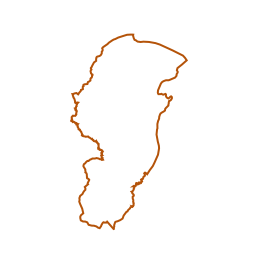 Nonghed, Xiangkhoang, Laos (Robinson projection), rotated 155°
{"feature_id": "54806243B9713261683611", "entity_name": "Nonghed", "entity_type": "district", "adm_level": 2, "iso_a3": "LAO", "parent_name": "Laos", "parent_adm1": "Xiangkhoang", "projection": "robinson", "projection_center": [104.045, 19.614], "detail": "fine", "context": "isolated", "style": "outline", "palette": "amber", "viewbox_px": 256, "rotation_deg": 155, "n_neighbors": 0, "source": "geoboundaries", "source_scale": "gbopen_adm2", "svg_char_len": 5849}
<svg xmlns="http://www.w3.org/2000/svg" viewBox="0 0 256 256"><g transform="rotate(155 128 128)"><path d="M130.2,78.0L126.1,80.6L121.6,83.0L118.4,85.6L112.1,91.1L108.4,96.5L107.5,98.9L106.7,103.2L104.9,110.0L102.3,114.4L101.5,115.2L99.7,119.2L97.8,121.6L96.5,122.7L95.6,123.7L95.1,124.8L93.6,126.4L92.4,127.4L90.1,127.8L89.0,127.8L87.1,128.2L86.2,129.6L85.2,130.1L81.9,131.3L81.4,132.3L80.8,132.9L80.3,133.9L79.3,135.1L78.3,135.0L77.1,135.3L75.7,136.3L75.3,137.1L75.2,137.7L75.6,138.5L76.6,138.4L77.5,138.0L78.9,137.7L79.7,138.7L80.1,139.8L80.1,140.9L79.4,142.4L79.7,143.1L82.0,143.3L82.7,144.0L83.2,144.8L84.3,145.0L86.1,145.8L86.2,146.6L86.0,147.5L84.9,149.4L79.6,154.2L78.1,155.1L76.5,155.4L75.1,155.4L73.3,155.2L71.0,154.1L70.0,154.0L64.1,153.8L62.0,154.8L61.2,156.2L59.7,157.2L59.2,157.8L59.3,159.7L57.8,161.4L52.3,162.7L46.2,164.5L46.7,167.6L47.6,170.4L54.8,179.5L63.9,190.2L67.2,193.3L72.6,197.1L77.5,199.7L80.2,200.6L82.7,202.2L83.5,203.4L83.8,204.2L84.8,205.1L84.8,207.1L84.4,209.5L83.8,210.4L86.0,211.5L89.5,212.9L92.4,213.3L98.6,214.1L101.9,214.0L103.4,214.2L105.0,214.1L109.3,213.4L111.1,212.7L116.4,211.8L117.7,211.2L117.7,210.2L118.1,209.2L118.6,208.7L119.5,208.3L120.2,206.8L120.9,206.2L122.0,205.5L122.5,205.4L123.6,205.3L125.7,205.7L126.3,205.6L126.9,205.2L127.1,204.7L127.7,204.1L128.5,202.3L131.1,201.8L134.2,199.5L135.2,198.6L136.3,198.1L136.5,197.7L136.4,196.4L136.5,196.3L137.4,196.0L138.1,194.9L138.1,194.2L138.4,193.4L138.1,191.9L137.6,191.5L137.6,191.2L137.8,190.9L138.6,190.5L138.9,189.7L139.7,189.0L140.6,188.9L141.2,188.5L142.0,186.9L143.9,186.5L144.8,186.6L145.4,186.1L145.9,185.2L146.2,185.0L148.7,185.9L150.0,186.0L150.4,185.7L150.6,184.7L151.4,184.6L151.7,184.3L152.4,182.3L152.8,182.2L154.5,182.4L155.2,181.5L157.7,180.4L158.9,179.5L159.2,179.8L159.5,180.7L160.0,181.5L162.2,182.0L163.1,181.8L164.0,182.2L164.0,181.5L164.3,180.6L164.3,179.7L164.5,179.1L164.4,178.7L164.5,178.1L164.3,177.6L164.3,176.9L164.7,174.6L165.1,173.8L165.2,173.3L165.0,172.8L163.2,172.6L162.5,172.1L163.7,171.6L164.4,170.8L164.9,170.6L165.3,170.0L165.3,169.5L166.1,169.2L166.6,168.3L167.6,168.3L167.4,167.8L167.4,167.5L167.6,167.4L167.3,167.1L167.3,166.8L167.5,166.8L167.5,166.0L167.8,165.9L167.3,165.2L167.5,164.9L167.5,164.6L168.0,164.3L168.1,163.9L168.5,163.5L168.7,163.1L168.9,163.0L169.1,162.2L169.5,162.1L169.6,161.8L170.0,161.7L170.6,161.3L172.7,162.4L173.1,162.0L173.6,162.1L174.5,161.6L174.7,160.9L175.1,160.2L174.9,159.8L175.0,159.4L176.0,159.0L176.5,158.5L176.2,158.0L175.5,157.5L175.5,157.3L175.3,157.4L175.2,157.1L174.9,157.0L174.9,156.7L174.6,156.7L174.2,156.2L174.0,155.4L173.6,155.2L173.6,154.7L173.3,154.6L173.3,154.3L173.0,154.6L172.7,154.4L172.1,153.0L171.7,152.7L172.7,152.2L172.7,151.7L172.7,151.1L173.0,151.1L173.2,150.1L173.0,148.9L173.2,148.0L173.0,147.8L173.2,147.6L172.6,147.0L172.7,146.9L172.7,146.6L172.3,146.5L172.4,145.7L172.0,144.3L172.2,143.9L172.1,142.7L172.2,141.7L172.1,141.3L172.7,141.2L172.9,141.0L172.8,140.5L172.4,139.9L172.2,139.9L171.5,139.1L170.6,138.6L170.3,138.1L168.1,137.2L167.8,137.2L167.2,135.8L166.9,135.6L165.6,133.3L165.4,133.1L165.3,132.8L165.1,132.9L165.1,132.6L164.5,131.8L164.7,131.4L164.5,130.6L163.9,130.2L163.3,129.5L163.1,129.6L163.0,129.3L162.7,129.2L162.5,128.9L162.3,129.1L162.3,128.8L162.1,128.7L162.2,128.2L162.0,127.8L162.2,127.5L161.7,126.8L161.7,126.4L161.5,126.1L161.8,125.9L161.7,125.5L161.9,125.4L161.9,124.9L162.0,124.6L162.2,124.4L162.4,124.1L162.4,123.8L162.6,123.2L163.2,122.8L163.1,122.5L163.4,122.6L163.7,122.0L163.3,121.9L163.5,121.6L163.0,120.2L162.6,120.0L162.4,120.1L162.2,119.7L161.5,119.4L161.4,119.0L161.1,118.9L160.8,117.7L161.2,117.7L161.2,117.4L161.8,117.2L161.7,116.6L162.3,116.3L162.4,115.9L162.8,116.1L162.8,115.6L163.5,114.7L163.3,114.5L163.6,114.3L163.4,114.1L163.8,114.1L163.7,113.5L164.1,113.1L164.3,112.3L164.1,112.0L164.4,112.0L164.5,111.3L164.7,111.2L164.1,110.9L164.2,110.3L164.0,110.1L164.0,109.8L165.2,110.1L165.8,111.2L166.7,111.6L167.5,112.7L168.8,113.7L169.1,114.0L170.9,114.3L173.2,115.4L174.3,115.2L175.4,115.4L177.2,115.0L177.7,114.8L178.7,115.3L180.5,114.8L181.7,114.1L183.1,113.9L184.0,113.1L184.5,112.3L184.6,111.9L184.2,108.5L184.6,107.7L184.9,106.3L185.4,105.8L184.8,104.6L184.8,104.2L185.1,102.9L185.6,101.9L185.8,101.0L186.1,100.6L186.3,99.7L186.0,99.3L185.5,98.8L185.2,98.1L185.0,97.6L185.2,97.2L187.7,95.2L188.1,94.7L188.1,94.3L188.0,93.9L192.1,92.8L192.1,91.3L192.8,90.0L194.0,89.6L195.6,88.7L197.2,87.4L200.0,86.7L201.7,85.0L202.3,83.2L203.3,81.9L203.5,79.5L203.6,74.2L204.6,69.6L207.3,68.9L208.6,68.0L209.3,66.6L209.8,64.2L208.3,62.3L206.2,61.2L204.8,59.7L204.6,56.9L202.2,54.9L200.1,53.8L198.2,52.1L197.3,50.4L196.0,49.2L193.9,50.4L192.9,51.4L190.8,52.8L190.0,52.9L189.3,52.2L188.6,52.0L187.9,51.5L187.4,51.4L186.5,51.9L183.5,41.8L183.2,43.5L182.1,44.5L181.6,45.8L179.4,48.1L178.3,48.2L177.0,47.9L174.1,47.8L171.2,48.2L168.9,50.5L164.8,52.7L163.8,52.6L162.3,53.7L160.8,54.1L160.0,54.4L159.5,55.0L158.3,55.2L157.6,54.7L157.4,54.9L157.5,55.4L157.0,55.0L156.5,54.9L156.4,55.0L156.3,55.4L155.7,55.5L155.1,56.6L155.1,57.0L154.7,57.2L154.5,58.2L154.6,58.9L154.2,59.3L153.6,60.6L153.6,61.9L153.2,62.7L153.0,63.5L152.6,63.9L151.5,64.1L151.1,64.7L151.1,65.4L151.7,67.0L151.4,67.6L151.7,68.8L150.6,68.7L148.8,69.8L148.3,70.9L147.6,71.1L147.4,71.3L147.3,72.4L147.4,72.9L147.7,73.0L147.2,73.1L146.4,72.4L145.5,72.3L145.3,72.6L145.2,72.9L144.6,73.1L144.5,73.8L144.1,74.1L144.0,74.5L143.7,74.6L143.3,74.3L143.7,73.4L143.6,72.9L142.7,72.7L141.6,72.7L141.7,72.9L142.0,73.1L142.0,73.3L141.3,74.0L140.8,73.7L140.2,73.6L139.4,72.8L138.7,73.7L138.4,73.8L138.0,73.5L137.8,73.6L137.8,74.1L138.1,74.5L138.0,75.7L137.2,75.9L136.5,75.5L136.0,75.6L135.8,75.9L135.2,76.4L135.0,76.9L134.2,77.4L133.4,77.3L132.8,77.7L132.6,78.1L132.4,79.1L132.5,80.0L131.7,80.4L131.2,80.2L130.9,79.8L130.2,78.0Z" fill="none" stroke="#b45309" stroke-width="2"/></g></svg>